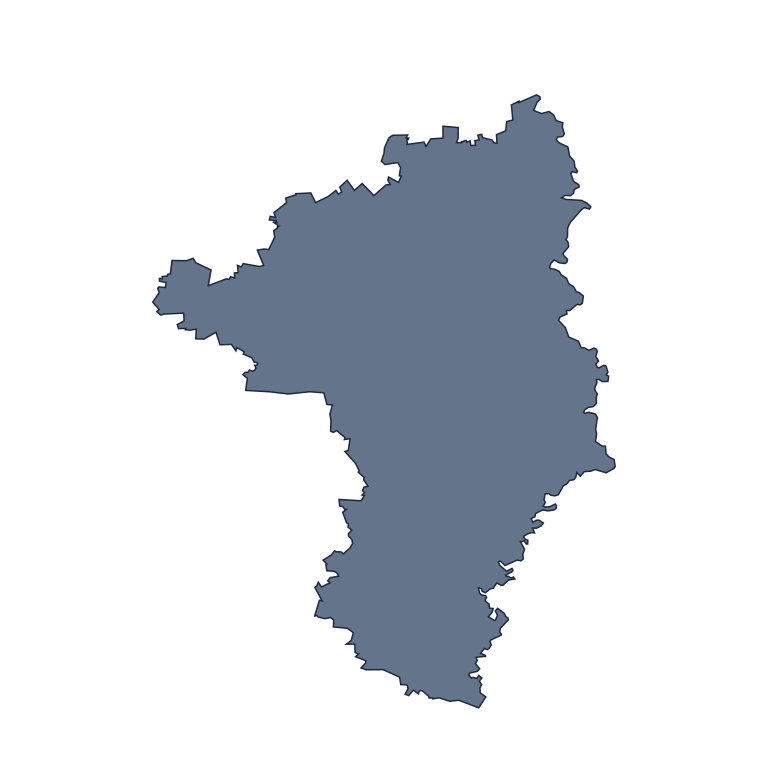 outline of Fezile Dabi, Free State, South Africa, rotated 98°
{"feature_id": "47623444B21501715606105", "entity_name": "Fezile Dabi", "entity_type": "district", "adm_level": 2, "iso_a3": "ZAF", "parent_name": "South Africa", "parent_adm1": "Free State", "projection": "natural_earth1", "projection_center": [27.835, -27.476], "detail": "fine", "context": "isolated", "style": "filled", "palette": "slate", "viewbox_px": 768, "rotation_deg": 98, "n_neighbors": 0, "source": "geoboundaries", "source_scale": "gbopen_adm2", "svg_char_len": 6145}
<svg xmlns="http://www.w3.org/2000/svg" viewBox="0 0 768 768"><g transform="rotate(98 384 384)"><path d="M76.5,273.2L86.6,289.7L85.1,289.7L89.9,296.7L104.6,293.2L107.1,299.0L116.4,298.8L121.4,307.3L129.8,305.7L129.8,308.9L127.4,310.9L126.3,320.8L123.1,322.0L124.6,325.7L129.1,323.8L130.4,328.0L134.7,326.6L135.8,331.1L131.3,332.6L133.0,335.7L131.4,336.6L133.3,340.9L134.1,340.5L134.9,345.8L130.1,344.8L119.7,346.3L120.5,361.5L132.2,359.8L134.8,371.8L142.9,375.4L138.9,378.0L143.8,395.4L142.9,394.2L137.7,395.7L138.4,394.1L137.1,393.7L137.1,396.4L134.1,395.2L136.5,410.1L139.5,413.4L150.1,416.4L155.8,416.1L163.7,417.7L166.5,413.6L162.8,401.0L167.5,397.7L175.7,397.8L175.7,395.8L182.4,397.7L178.4,408.2L181.3,408.7L185.7,405.6L186.5,409.6L198.8,420.2L188.5,433.5L196.4,440.2L187.4,448.9L195.2,455.2L199.8,452.6L202.4,455.5L199.0,458.6L205.9,465.1L213.9,477.0L205.0,483.0L207.8,497.9L208.8,497.4L213.6,507.2L218.0,505.8L229.6,516.8L234.2,514.5L233.8,520.0L237.5,520.4L237.2,513.3L238.9,512.6L239.1,516.6L241.0,511.8L242.6,511.4L242.4,510.0L247.9,514.5L253.7,512.6L266.9,516.9L267.0,521.4L269.0,528.1L283.3,519.7L285.0,523.5L284.4,540.2L288.0,541.5L286.9,545.6L294.0,543.9L294.8,547.6L299.9,546.7L299.1,550.8L301.9,551.8L301.7,554.6L311.1,571.7L295.1,571.1L290.2,587.1L286.1,590.5L289.3,596.4L291.2,611.1L304.6,610.9L305.7,613.6L307.3,613.6L308.4,618.6L310.6,618.2L310.7,621.1L313.4,620.7L313.9,613.9L318.8,613.9L319.2,620.4L320.7,621.5L324.7,619.3L335.1,624.4L341.6,617.0L343.9,619.1L346.8,614.6L345.4,611.7L341.7,592.2L349.4,590.7L353.9,597.0L357.8,595.2L356.5,587.9L357.9,588.2L357.7,583.8L355.8,577.5L365.5,576.7L364.5,568.4L356.1,557.6L368.0,551.8L366.0,540.6L371.8,535.3L368.3,534.9L371.6,526.8L373.9,527.6L376.5,518.4L380.5,515.5L380.2,513.8L381.6,511.5L383.2,512.7L383.4,514.5L386.2,513.1L388.4,514.0L389.7,515.7L388.9,519.2L391.4,520.4L391.8,523.2L394.4,525.0L397.4,520.1L409.6,520.1L407.6,496.1L407.2,477.2L402.0,456.6L401.1,442.4L412.2,437.7L411.9,432.2L421.3,433.4L428.2,431.3L438.2,430.3L438.9,427.3L436.7,424.3L442.5,415.1L444.5,415.5L442.9,410.0L455.0,410.1L456.2,413.4L466.8,400.9L473.2,396.7L475.0,397.2L479.2,390.7L481.8,390.8L487.5,385.6L489.0,389.6L492.8,390.4L494.3,388.1L497.0,390.3L497.2,388.0L502.8,390.3L504.6,412.5L511.0,410.9L511.1,407.7L513.5,405.6L513.4,403.7L516.7,407.1L526.5,401.8L527.5,399.8L530.8,399.7L533.3,395.6L537.1,398.4L539.4,398.0L542.7,394.1L546.2,392.9L551.2,394.9L557.9,400.7L556.2,403.2L556.8,408.1L556.1,409.7L560.6,412.3L566.9,419.8L570.2,415.6L570.7,416.4L576.9,414.7L576.4,407.4L577.9,403.9L580.7,402.2L583.2,410.2L586.7,412.4L588.2,409.6L593.7,417.7L589.4,421.5L593.6,422.5L595.0,424.2L607.4,415.1L607.2,417.9L624.0,420.5L622.3,419.2L623.9,416.8L624.6,409.9L622.7,404.4L624.7,401.0L631.6,400.3L631.0,386.2L634.5,379.8L642.4,380.7L646.9,385.0L645.6,376.8L654.0,375.2L654.8,371.6L658.0,374.2L660.6,363.5L662.8,363.4L668.4,367.2L669.5,362.0L667.0,345.1L672.1,327.8L679.4,325.5L678.7,320.1L679.5,318.8L682.3,317.8L688.2,319.9L689.1,316.2L683.1,312.3L686.1,306.9L683.1,306.3L682.3,303.6L686.9,296.4L688.6,295.8L688.2,291.9L689.0,291.8L687.1,285.8L689.0,274.8L686.8,265.9L691.5,245.1L679.7,239.6L676.5,245.7L671.6,246.7L668.1,245.5L664.9,248.2L661.5,246.2L659.4,249.6L662.6,251.0L662.1,254.9L663.1,256.5L660.2,259.8L658.1,258.6L655.6,251.6L652.7,249.6L648.0,254.6L644.8,253.2L641.8,254.8L639.6,245.6L638.7,245.9L637.2,250.8L631.9,247.8L632.7,244.9L631.2,243.1L627.4,241.4L624.5,243.2L622.7,242.7L616.4,233.0L615.3,232.9L613.7,234.9L609.6,234.8L600.3,228.1L598.2,228.8L597.6,230.9L594.4,232.9L590.3,240.2L593.3,242.2L597.2,239.5L602.3,240.8L602.8,241.8L600.0,248.2L595.4,245.4L591.1,244.6L591.3,248.3L587.4,249.3L584.9,253.4L583.2,253.8L581.4,252.6L579.6,253.7L579.2,258.3L577.7,260.3L572.7,262.1L573.3,258.9L575.7,257.9L576.6,254.5L572.0,250.2L571.2,247.5L565.3,244.6L567.1,240.0L566.8,238.2L560.9,233.6L558.9,227.3L557.1,229.2L558.5,231.1L557.1,234.1L557.6,236.2L556.4,237.0L552.4,231.4L550.6,230.3L548.8,231.6L552.4,236.6L547.6,243.9L544.3,246.0L543.1,244.0L546.9,238.9L539.8,227.6L540.1,223.9L538.0,221.8L533.0,222.8L528.1,221.8L521.1,227.0L520.0,223.3L522.6,220.9L522.5,219.5L518.7,219.8L517.8,223.1L515.5,224.6L512.3,220.8L510.5,216.8L510.5,214.2L505.9,216.8L505.6,213.0L502.8,208.8L499.5,206.8L497.2,211.6L497.8,214.4L500.4,217.3L496.8,219.5L494.4,216.0L491.2,215.9L486.7,209.6L486.8,203.9L485.2,198.5L483.4,196.3L480.5,196.2L479.0,197.7L482.5,202.9L483.4,207.6L482.7,209.4L479.1,207.7L476.4,209.4L470.5,209.2L469.6,205.4L470.9,203.3L471.0,199.3L469.4,195.9L459.9,192.3L457.3,188.9L453.7,186.9L452.3,182.6L449.7,181.1L444.7,180.7L448.1,176.8L442.9,173.5L441.5,167.0L439.3,163.0L441.0,151.7L435.5,144.4L433.6,143.6L426.7,145.6L425.1,150.7L422.4,154.3L414.7,156.1L415.2,159.2L411.5,166.6L404.0,166.5L399.3,168.1L387.4,168.0L384.5,170.4L383.9,172.3L383.6,177.6L385.0,180.9L384.4,182.4L381.6,181.6L378.8,178.5L377.3,173.7L373.6,170.9L367.5,171.9L364.2,171.3L361.0,174.2L358.7,174.8L353.0,173.3L350.3,174.3L349.5,172.0L351.2,168.2L350.3,162.6L345.0,162.6L344.0,165.2L341.0,163.9L335.0,166.9L335.0,169.1L338.0,173.1L337.9,174.9L335.0,177.1L331.5,174.7L327.1,178.2L322.5,177.3L320.0,178.4L319.2,181.1L322.2,185.7L320.4,190.2L320.5,193.9L314.6,197.3L311.8,207.5L302.9,212.3L296.6,220.0L293.2,219.0L289.2,212.5L285.9,213.7L285.3,210.0L278.4,204.1L278.3,200.8L276.5,198.8L269.1,198.8L266.4,203.3L265.9,206.3L261.1,209.9L259.1,214.9L254.0,218.0L251.0,224.0L248.1,226.1L246.5,231.0L246.8,235.1L245.4,236.3L241.3,235.5L237.3,232.8L239.6,227.4L239.5,221.5L237.9,219.8L235.0,219.6L232.3,223.4L229.8,224.9L222.3,220.2L217.8,221.6L215.8,223.9L212.5,222.8L204.3,223.8L201.4,223.1L197.8,221.9L183.6,212.5L181.4,210.0L182.2,204.8L179.6,203.9L176.4,208.6L174.7,214.2L175.9,229.4L174.8,234.2L172.0,230.7L171.6,225.7L168.8,222.8L164.8,222.7L161.8,218.2L159.5,218.9L157.0,224.4L149.7,228.2L147.6,227.3L148.0,222.6L146.3,221.9L142.5,225.2L136.9,226.7L132.7,231.8L123.7,234.9L120.6,244.7L118.3,247.3L115.4,246.7L114.1,241.6L111.2,240.2L104.7,243.2L100.5,243.2L99.1,250.2L94.0,253.4L91.2,258.4L94.3,265.8L92.2,273.9L83.3,271.5L80.3,269.0L77.9,269.5L76.5,273.2Z" fill="#64748b" stroke="#1e293b" stroke-width="1.5"/></g></svg>